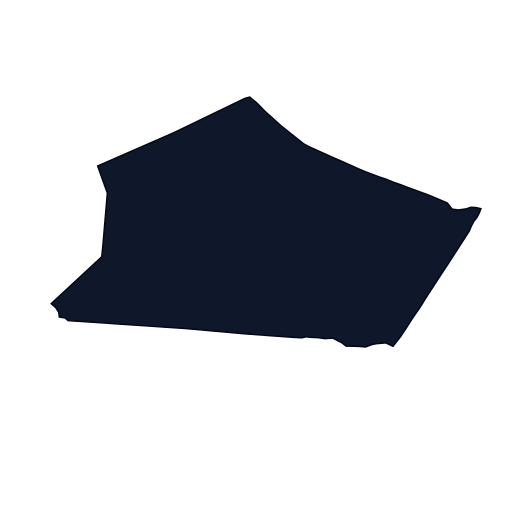 Macaíba, Rio Grande do Norte, Brazil (Mercator projection), rotated 26°
{"feature_id": "56859067B85217474168126", "entity_name": "Macaíba", "entity_type": "district", "adm_level": 2, "iso_a3": "BRA", "parent_name": "Brazil", "parent_adm1": "Rio Grande do Norte", "projection": "mercator", "projection_center": [-35.38, -5.941], "detail": "fine", "context": "isolated", "style": "filled", "palette": "ink", "viewbox_px": 512, "rotation_deg": 26, "n_neighbors": 0, "source": "geoboundaries", "source_scale": "gbopen_adm2", "svg_char_len": 1171}
<svg xmlns="http://www.w3.org/2000/svg" viewBox="0 0 512 512"><g transform="rotate(26 256 256)"><path d="M92.8,388.6L98.7,390.2L103.4,393.1L106.0,397.1L111.8,395.3L115.3,396.5L223.9,352.3L262.1,337.7L265.5,336.4L281.5,330.3L324.9,312.9L333.1,309.4L336.6,306.6L341.1,305.0L347.8,302.1L354.1,300.1L361.1,296.1L366.8,296.3L371.0,296.3L376.4,297.5L388.0,292.2L394.4,289.7L398.9,284.9L402.7,282.0L410.8,277.2L418.7,277.1L421.3,265.0L422.1,258.9L423.1,250.9L423.8,244.7L424.6,238.8L425.6,232.9L426.4,226.2L426.8,221.3L427.4,216.3L428.4,208.3L431.1,186.4L431.6,182.7L432.3,177.5L434.2,161.6L436.8,139.8L436.4,134.5L436.6,129.4L437.7,124.3L437.8,119.2L437.4,114.9L432.5,116.0L427.8,118.0L424.1,121.6L417.7,125.9L411.7,127.9L404.7,124.5L385.0,125.5L381.0,125.9L377.4,126.3L373.5,126.7L362.0,127.9L353.9,128.6L347.6,129.4L338.8,130.0L331.5,131.0L322.9,131.8L316.2,132.4L307.4,132.8L302.9,132.9L279.9,133.8L256.3,134.5L249.8,134.3L221.4,128.0L213.5,125.7L209.4,124.5L204.6,123.2L200.6,122.0L190.0,118.2L180.7,115.9L176.9,119.2L128.3,180.9L98.2,216.3L77.1,241.1L74.2,244.5L94.8,264.6L113.4,312.7L117.7,324.3L92.8,388.6Z" fill="#0f172a" stroke="#020617" stroke-width="1.5"/></g></svg>